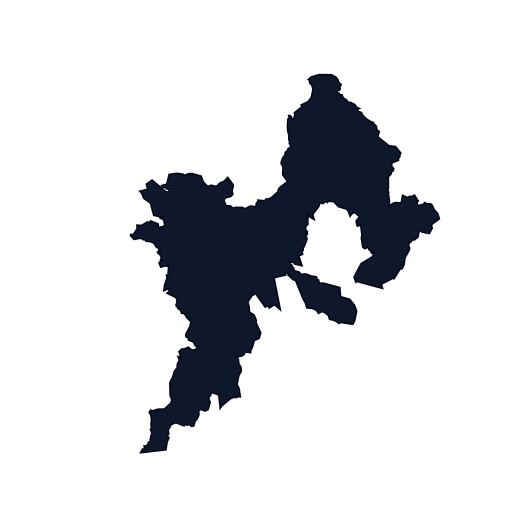 outline of Tehuacán, Puebla, Mexico, rotated 157°
{"feature_id": "50627088B19866902668175", "entity_name": "Tehuacán", "entity_type": "district", "adm_level": 2, "iso_a3": "MEX", "parent_name": "Mexico", "parent_adm1": "Puebla", "projection": "natural_earth1", "projection_center": [-97.424, 18.466], "detail": "fine", "context": "isolated", "style": "filled", "palette": "ink", "viewbox_px": 512, "rotation_deg": 157, "n_neighbors": 0, "source": "geoboundaries", "source_scale": "gbopen_adm2", "svg_char_len": 6108}
<svg xmlns="http://www.w3.org/2000/svg" viewBox="0 0 512 512"><g transform="rotate(157 256 256)"><path d="M115.7,393.4L127.0,398.4L135.3,399.3L139.0,398.1L138.3,397.0L139.0,393.5L138.2,393.1L138.0,389.3L138.9,386.5L143.2,380.4L147.9,377.8L155.5,377.4L154.9,375.7L164.7,372.9L165.4,370.3L168.1,367.5L169.5,368.7L168.9,370.4L170.4,372.6L171.3,372.4L170.9,370.4L173.1,369.7L176.5,363.1L178.2,357.9L178.5,354.6L180.4,350.2L180.3,348.6L181.4,346.6L181.2,342.7L184.5,342.5L185.5,341.0L188.6,340.1L189.8,337.8L193.2,335.9L196.3,332.4L196.8,331.0L196.4,327.3L199.8,320.4L197.9,312.3L206.8,310.0L208.8,309.1L211.1,306.5L218.7,303.9L222.7,303.7L224.4,304.7L225.9,303.7L227.3,303.9L232.4,306.8L232.7,305.7L235.0,304.5L237.1,301.5L241.2,304.2L248.2,303.9L249.1,305.9L256.1,308.9L258.4,309.0L260.0,312.2L263.8,314.0L263.8,319.2L262.9,320.7L260.6,321.3L255.8,320.5L253.1,321.9L252.5,325.4L249.4,329.4L249.2,330.7L251.2,339.5L256.1,337.4L261.1,337.3L264.2,335.8L265.9,336.0L269.7,338.8L273.2,338.8L275.6,345.0L275.2,351.0L282.9,357.1L286.5,358.3L290.5,358.2L291.2,359.9L296.6,363.1L304.1,365.1L310.1,357.1L315.4,357.8L315.2,356.2L313.5,354.5L312.3,354.3L312.4,353.0L310.1,351.0L310.5,349.1L313.5,350.0L322.0,366.6L328.9,365.0L329.7,359.9L337.8,361.1L336.8,358.5L336.8,352.9L332.6,346.0L334.3,333.3L328.9,329.5L329.6,328.3L328.8,327.4L327.8,328.9L326.7,328.0L327.5,325.9L326.5,323.9L327.5,323.4L327.7,320.6L329.7,319.4L333.2,320.2L332.9,319.2L334.7,318.5L334.6,320.9L333.4,323.6L339.3,329.6L341.0,328.4L342.6,329.9L349.3,328.9L353.6,331.0L354.7,327.6L359.6,324.4L361.7,323.9L362.6,324.9L363.6,324.0L361.9,318.9L355.9,317.6L353.5,315.8L353.5,315.0L351.7,314.2L351.8,312.8L347.2,310.1L345.1,307.7L344.3,302.9L342.9,301.6L343.0,299.7L341.8,298.0L342.2,297.5L343.2,298.6L345.2,298.2L345.0,296.1L344.1,296.0L343.7,290.6L344.4,290.5L344.3,289.1L345.1,290.2L346.2,288.4L348.0,287.6L348.1,282.9L343.3,282.3L340.6,280.5L344.7,272.6L345.9,273.4L346.5,270.7L351.7,264.8L354.5,259.9L348.8,260.0L350.0,257.3L352.6,256.6L346.2,249.3L345.8,246.1L347.0,244.9L346.7,243.9L348.7,242.6L349.0,240.8L348.2,239.5L348.5,238.1L346.9,236.0L346.9,232.1L345.4,231.9L344.4,230.1L343.8,226.1L341.9,221.8L342.1,220.2L344.6,216.9L351.3,211.4L352.0,209.4L352.0,208.4L350.2,207.5L351.0,205.0L347.2,201.2L347.1,197.0L345.3,195.6L347.5,193.8L350.5,193.9L352.6,195.7L353.7,198.5L359.0,198.6L360.2,199.5L364.3,198.2L364.8,192.1L367.2,194.1L367.3,190.1L370.8,187.2L372.1,184.1L376.3,181.7L380.6,176.6L384.7,173.3L389.5,161.5L389.9,155.4L390.7,155.4L391.9,153.9L400.3,151.0L406.1,153.4L413.1,154.1L413.0,155.4L415.5,153.9L415.0,150.4L416.5,145.5L418.4,142.3L419.4,138.7L421.2,137.2L420.9,134.9L422.2,132.0L423.3,131.5L423.0,130.6L425.0,128.9L425.0,127.4L428.4,126.2L428.6,125.1L431.7,124.1L433.2,125.1L433.9,122.5L435.0,122.0L435.9,122.7L438.8,120.3L439.9,120.2L414.6,112.7L410.7,119.1L407.0,122.9L408.1,125.1L405.7,126.3L404.9,130.0L399.8,133.9L394.9,133.8L388.6,127.7L386.4,129.4L386.1,127.4L382.9,126.7L382.2,124.5L379.8,123.7L376.3,128.1L375.0,128.2L371.9,130.6L370.2,132.6L369.7,135.1L368.2,136.1L366.8,136.2L363.5,133.1L360.1,133.3L355.4,139.0L355.0,143.9L352.0,145.6L350.5,148.0L344.6,142.6L348.6,129.6L346.1,131.3L335.2,134.6L331.2,134.4L329.1,133.1L327.9,133.8L325.4,132.4L323.3,140.5L323.5,145.3L318.2,153.0L314.6,155.5L313.3,159.3L313.8,163.8L312.6,167.6L312.7,170.3L307.7,169.4L305.4,169.9L303.4,171.9L298.7,169.0L297.8,171.0L295.0,173.3L290.5,178.9L285.4,178.8L281.6,183.4L281.9,194.8L280.8,196.6L280.7,202.4L283.9,207.0L282.3,211.1L281.4,216.9L274.9,221.1L271.1,221.3L267.6,205.4L264.6,205.6L264.1,202.8L258.1,204.0L254.6,196.8L247.8,228.9L236.0,226.8L235.4,229.1L233.4,227.7L234.0,225.5L232.0,224.1L233.0,223.9L231.0,219.3L229.2,218.4L229.5,198.6L228.9,193.1L229.6,188.4L224.8,185.8L221.8,182.6L220.9,178.6L217.2,179.1L215.1,177.3L212.7,172.9L213.1,168.9L209.7,166.6L206.9,163.3L206.4,161.6L203.6,161.5L193.6,155.2L190.2,158.1L184.9,165.8L184.5,172.2L186.7,179.7L194.0,185.5L191.1,194.2L204.0,204.4L208.4,206.3L207.7,209.6L209.5,210.5L208.6,211.4L208.5,213.3L213.0,216.1L216.9,219.9L221.9,221.7L222.4,224.3L226.3,227.4L226.1,230.8L227.0,231.4L226.5,233.6L227.4,234.1L227.3,237.6L223.4,234.6L223.7,233.5L217.4,229.0L216.5,239.3L212.3,239.3L211.8,242.3L210.3,242.8L209.0,246.0L208.1,245.6L202.4,251.5L202.0,253.7L202.7,256.2L200.4,255.7L199.1,258.5L199.9,260.3L199.5,262.1L198.3,263.9L195.7,264.9L194.2,269.1L191.1,273.8L191.0,270.6L188.2,266.7L187.7,270.9L186.8,272.5L179.2,276.7L175.6,280.3L174.6,278.4L173.2,278.0L171.9,278.8L169.8,278.3L169.4,277.3L168.0,278.1L163.4,275.7L160.8,269.1L154.5,263.9L153.7,261.7L153.9,255.7L150.1,257.9L147.8,256.7L145.4,251.8L150.1,249.2L151.1,245.5L150.9,243.7L147.6,243.5L150.4,233.8L152.1,231.3L154.3,222.6L153.2,220.2L149.4,220.1L149.5,217.3L148.6,216.1L148.6,213.6L147.0,212.5L148.9,209.9L162.2,208.0L174.1,198.3L174.3,192.8L173.5,193.4L152.1,176.6L151.7,181.0L139.7,181.9L139.2,182.7L137.9,181.0L129.0,187.3L126.2,187.3L122.9,190.3L119.5,196.1L112.3,201.7L111.3,203.9L111.6,206.5L109.9,207.4L109.7,209.0L107.9,208.3L106.0,209.4L103.4,208.9L99.2,210.3L96.6,214.4L95.0,215.4L93.8,213.0L91.8,212.1L91.1,210.7L88.8,210.5L88.3,209.0L87.4,209.1L82.9,212.7L82.2,216.2L72.6,218.5L72.1,224.2L73.9,229.5L73.9,233.8L74.8,235.9L78.1,237.2L79.7,239.3L82.1,238.2L87.2,239.2L87.1,241.9L84.9,243.7L86.1,244.6L85.5,245.7L86.3,250.2L89.7,249.9L90.7,250.8L94.0,250.9L97.3,254.7L101.3,248.6L102.8,248.6L106.3,250.7L109.1,251.0L112.4,250.5L115.1,249.0L111.8,253.9L109.5,262.5L108.8,262.8L109.5,263.6L107.3,267.2L103.2,277.1L99.6,278.6L98.8,280.2L96.2,280.8L95.0,282.8L96.0,285.3L95.1,287.8L93.9,288.5L87.5,288.4L86.7,290.0L84.4,291.5L84.1,292.9L82.4,294.1L84.7,302.2L90.4,305.5L97.2,318.0L93.8,322.5L95.5,325.1L94.4,328.2L95.7,331.6L99.5,332.2L95.9,333.3L98.1,335.2L100.8,339.4L102.7,343.9L102.8,346.8L105.2,349.1L105.4,351.3L103.1,351.3L104.9,353.2L105.8,356.8L109.0,360.6L111.2,361.5L111.4,363.8L113.8,367.5L113.8,370.8L116.0,372.0L115.7,373.1L117.1,374.4L117.2,375.9L114.0,376.1L113.0,377.0L113.0,378.5L110.6,380.5L112.0,383.7L111.6,386.4L112.5,389.4L115.7,393.4Z" fill="#0f172a" stroke="#020617" stroke-width="1.5"/></g></svg>